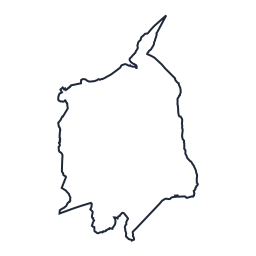 Atzitzintla, Puebla, Mexico (Robinson projection)
{"feature_id": "50627088B23219182894428", "entity_name": "Atzitzintla", "entity_type": "district", "adm_level": 2, "iso_a3": "MEX", "parent_name": "Mexico", "parent_adm1": "Puebla", "projection": "robinson", "projection_center": [-97.303, 18.944], "detail": "fine", "context": "isolated", "style": "outline", "palette": "slate", "viewbox_px": 256, "rotation_deg": 0, "n_neighbors": 0, "source": "geoboundaries", "source_scale": "gbopen_adm2", "svg_char_len": 5734}
<svg xmlns="http://www.w3.org/2000/svg" viewBox="0 0 256 256"><path d="M182.5,128.8L182.2,128.4L182.1,127.7L182.1,126.9L182.3,126.3L182.2,125.1L182.0,124.4L181.9,123.7L182.1,122.6L182.2,119.7L182.0,119.0L181.2,117.5L181.0,117.1L180.6,116.6L179.4,116.4L178.9,115.6L178.6,114.6L178.3,112.5L178.1,110.4L178.2,109.0L177.9,107.1L178.0,106.3L177.6,104.9L177.5,104.2L177.5,102.7L177.6,100.3L177.5,99.6L177.5,98.8L178.0,98.0L178.8,96.9L178.9,96.3L179.1,95.9L179.2,95.7L179.7,95.5L179.9,95.3L180.0,94.4L180.5,93.1L180.7,91.5L180.6,90.0L180.3,88.0L179.1,85.3L178.6,83.2L178.1,83.1L177.7,82.7L176.7,81.8L175.9,80.8L175.1,79.5L175.1,78.4L165.3,68.6L161.5,64.2L154.5,57.7L151.1,55.8L147.2,54.1L147.3,53.5L147.8,52.6L148.7,51.6L148.9,51.1L149.3,50.6L150.9,49.5L153.6,45.1L153.9,44.1L154.0,42.8L154.5,41.4L154.9,40.7L155.3,38.8L155.9,37.6L156.7,34.3L156.4,33.6L156.5,33.2L156.9,32.8L166.2,15.4L154.3,25.9L150.7,29.8L148.1,32.9L147.4,33.5L145.1,33.8L144.4,34.5L143.7,35.1L143.2,35.7L141.9,36.7L141.2,37.5L140.7,39.5L140.4,40.1L138.6,41.7L138.0,43.2L137.9,44.0L137.6,44.6L137.4,45.9L137.7,46.9L137.8,47.8L137.4,49.0L136.2,50.7L135.1,53.1L134.8,53.3L134.4,53.5L133.9,54.3L132.9,55.1L131.6,56.8L130.3,58.0L129.8,58.5L129.6,59.6L129.8,60.4L130.9,62.1L133.5,63.9L134.1,64.0L134.8,64.4L135.0,64.6L136.0,65.2L136.3,65.4L136.3,65.8L136.5,65.9L136.6,66.3L136.6,67.5L136.7,67.8L136.6,68.0L136.3,68.0L135.9,67.7L135.7,67.2L134.7,66.7L132.5,66.7L131.9,66.4L131.4,66.3L130.1,65.7L130.0,65.4L129.1,65.8L126.1,64.3L125.5,64.2L124.4,64.3L121.8,65.2L121.1,65.9L120.7,66.8L120.0,67.8L111.3,74.3L105.2,77.7L102.6,79.0L101.5,79.0L100.2,79.7L99.4,79.6L99.1,79.3L98.5,79.2L97.0,80.2L95.3,80.8L94.0,81.2L91.8,81.4L90.7,81.6L88.6,81.4L87.1,80.7L86.1,79.8L84.7,79.2L83.2,79.1L82.5,79.2L81.1,80.1L81.0,83.3L71.2,85.3L69.8,86.7L70.1,86.8L69.7,87.3L69.1,87.7L67.8,88.3L67.5,88.6L67.4,89.1L66.5,89.4L65.9,90.0L65.3,89.2L65.0,88.4L64.6,88.7L64.1,89.4L62.7,87.5L60.4,89.6L62.0,92.4L61.5,92.7L60.6,93.0L59.9,93.4L59.4,93.9L58.9,95.0L58.5,96.4L58.3,97.5L58.2,99.7L58.8,100.3L59.0,100.7L59.5,100.9L60.0,101.2L60.7,101.5L61.8,101.4L62.2,101.6L62.7,101.5L63.3,101.7L64.6,101.2L65.1,100.3L65.3,100.3L66.4,102.6L66.8,103.1L67.1,103.2L67.2,103.6L67.3,105.3L67.8,108.2L67.6,108.7L63.0,116.4L62.7,116.3L62.4,116.4L60.4,120.2L58.2,122.8L58.7,125.5L58.6,125.9L59.2,127.2L59.6,127.4L60.0,128.7L60.0,129.4L60.3,129.8L60.2,130.6L59.9,131.6L59.9,133.0L59.7,133.6L59.7,133.9L59.8,134.3L59.6,135.0L59.7,135.5L59.6,136.2L59.8,137.4L59.6,137.5L59.8,138.1L60.1,138.4L60.0,139.3L60.2,139.7L60.2,139.9L59.7,140.2L59.7,140.5L60.0,140.8L60.0,141.0L59.8,141.1L59.7,141.3L59.9,141.5L59.8,141.9L59.9,142.2L59.8,142.3L59.6,142.8L59.0,142.9L59.1,143.3L59.6,144.1L59.8,144.8L59.9,145.1L59.4,146.2L58.6,146.9L58.9,150.6L59.6,151.9L60.6,152.4L61.4,153.1L62.2,154.3L62.5,155.3L62.2,160.7L61.9,170.6L62.0,171.6L62.4,172.5L62.7,172.7L63.1,173.1L63.3,174.8L63.7,175.3L65.8,176.5L65.9,176.9L65.9,177.3L61.7,187.9L65.9,190.6L67.3,192.3L68.8,193.8L68.8,194.1L70.4,197.6L70.1,199.6L70.3,200.3L70.2,200.8L70.0,201.0L69.8,201.6L69.5,201.9L69.1,201.7L67.3,203.6L66.3,205.9L65.8,206.4L64.7,207.1L63.6,208.1L62.4,208.5L62.1,208.8L61.1,209.3L60.7,209.6L60.0,210.4L59.8,210.4L59.5,213.5L74.1,208.2L81.9,205.6L90.9,202.9L91.2,203.3L91.8,204.0L91.6,204.3L91.6,206.1L91.1,207.9L90.3,209.3L92.5,211.5L92.7,211.9L92.7,212.5L92.1,215.0L91.9,216.9L92.4,217.9L93.1,218.1L93.0,218.4L93.1,219.1L94.1,220.5L93.6,221.1L93.0,222.4L91.9,225.7L92.5,226.1L92.9,226.7L94.3,227.1L94.4,230.4L94.6,231.2L95.0,231.6L96.1,232.2L96.8,232.9L97.5,233.2L98.3,233.2L99.1,232.7L101.0,232.2L101.7,232.1L102.5,232.4L102.8,232.2L102.9,231.7L103.2,231.3L104.8,231.4L106.1,230.7L106.3,230.0L107.0,229.9L108.6,228.9L109.3,229.0L109.6,228.2L112.4,228.8L112.5,228.0L113.7,226.4L114.8,224.7L115.1,224.0L115.3,223.1L115.5,220.8L115.3,220.0L115.2,219.3L114.1,217.4L114.9,217.4L116.5,217.7L117.6,218.4L118.2,216.6L118.8,216.2L119.6,216.1L120.2,214.9L121.0,214.2L121.3,213.7L121.7,213.3L122.3,212.9L122.7,212.9L123.6,213.1L124.1,213.4L124.4,213.7L125.2,214.9L126.4,216.2L127.2,217.5L127.8,218.1L128.0,218.5L127.8,219.3L127.2,220.0L126.4,221.8L126.2,222.9L126.3,223.7L126.3,224.4L125.5,225.2L124.9,226.7L124.8,227.2L125.0,228.4L125.3,229.5L125.3,230.8L125.8,231.9L125.9,232.5L126.2,233.5L126.0,235.2L126.0,235.9L126.2,236.6L126.4,237.0L127.1,237.3L127.7,238.1L128.8,239.1L129.3,239.3L131.1,239.7L131.8,240.6L132.2,240.3L132.5,240.1L133.8,239.8L134.0,239.6L134.1,239.0L133.9,238.2L133.8,237.7L133.6,237.2L132.9,236.0L132.9,235.5L133.1,234.5L132.8,233.1L132.7,232.4L132.8,231.9L133.0,231.5L136.0,228.6L159.7,203.6L162.0,200.8L164.2,199.4L165.7,198.7L166.4,198.7L168.0,199.0L169.5,199.1L170.3,198.7L171.5,197.5L172.7,197.1L176.1,196.8L175.3,195.6L177.6,195.4L178.5,196.7L184.5,196.4L185.5,196.7L185.6,197.1L186.8,197.9L192.0,196.4L192.8,196.7L193.1,196.6L193.4,196.0L194.0,195.6L194.0,195.1L193.9,194.6L194.4,193.7L194.4,193.3L194.3,193.0L193.9,191.8L193.8,191.1L193.8,190.8L194.6,190.4L195.0,189.5L195.5,188.9L195.5,188.6L195.4,188.2L195.4,187.9L196.1,187.1L196.2,186.3L196.7,185.9L197.0,185.8L197.3,185.1L197.8,184.7L197.8,184.1L197.6,183.6L196.8,182.8L196.8,180.3L196.7,180.0L196.7,179.2L196.9,178.7L196.8,177.7L196.9,177.1L197.1,176.4L197.0,174.6L196.4,173.4L196.2,172.1L195.9,170.8L195.5,169.5L194.5,167.5L193.8,165.7L193.0,164.7L191.3,161.9L191.0,161.6L189.7,160.7L188.5,159.3L187.8,158.6L187.4,158.2L186.3,155.3L185.5,154.0L185.4,153.6L185.4,150.4L184.9,149.5L184.3,149.0L184.3,148.5L184.2,147.6L184.4,146.1L184.2,145.5L184.3,144.1L184.3,143.6L183.9,142.5L183.9,142.1L184.1,141.8L184.0,140.7L183.0,139.5L182.6,138.8L182.2,137.1L182.1,135.9L182.2,134.1L182.4,133.2L182.4,132.6L182.6,131.3L182.6,129.3L182.5,128.8Z" fill="none" stroke="#1e293b" stroke-width="2"/></svg>